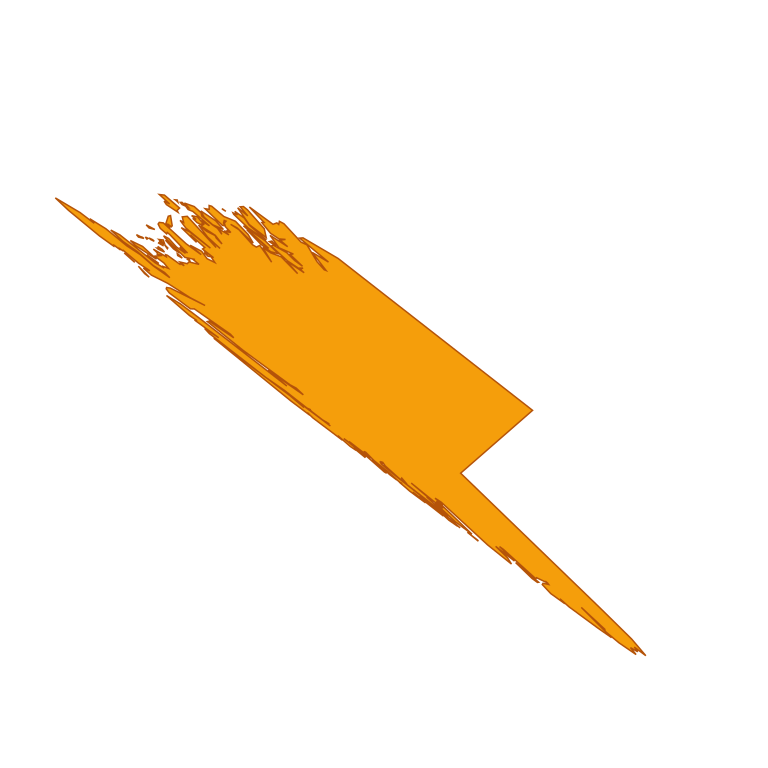 the border of Nationalparken, rotated 218°
{"feature_id": "GRL-2742", "entity_name": "Nationalparken", "entity_type": "state/province", "adm_level": 1, "iso_a3": "GRL", "parent_name": "Greenland", "parent_adm1": "", "projection": "equal_earth", "projection_center": [-27.197, 77.317], "detail": "fine", "context": "isolated", "style": "filled", "palette": "amber", "viewbox_px": 768, "rotation_deg": 218, "n_neighbors": 0, "source": "natural_earth", "source_scale": "10m", "svg_char_len": 6190}
<svg xmlns="http://www.w3.org/2000/svg" viewBox="0 0 768 768"><g transform="rotate(218 384 384)"><path d="M537.8,449.3L497.4,454.7L250.7,454.7L268.7,360.9L76.5,340.6L31.8,335.5L10.4,331.1L24.8,330.8L19.2,329.2L27.5,328.0L18.8,326.0L39.5,324.7L57.4,325.3L59.1,326.7L91.0,329.4L48.5,324.2L65.9,323.3L100.9,322.3L113.1,323.1L106.2,322.2L123.5,321.5L135.8,323.4L136.0,324.9L130.8,327.4L132.5,327.9L135.6,328.0L133.0,327.8L144.5,325.3L144.4,324.0L188.2,327.2L192.9,327.0L172.1,324.8L196.1,324.8L179.7,323.1L172.7,320.6L203.4,321.0L266.1,326.1L273.5,325.5L262.7,324.3L270.6,323.5L264.9,322.9L268.5,322.1L301.6,322.7L279.3,321.8L280.9,321.3L251.5,318.8L306.1,318.9L304.2,319.2L312.1,320.8L312.0,319.6L308.2,319.1L312.9,318.9L332.5,320.2L336.7,321.5L339.3,320.6L335.7,320.2L337.9,319.8L336.7,319.3L321.8,318.8L248.6,318.3L235.4,317.5L248.7,317.8L238.3,317.2L249.1,316.6L261.5,317.7L287.0,317.8L255.8,316.5L294.8,316.6L278.1,315.9L297.7,315.4L311.6,316.1L308.2,316.7L312.1,316.3L326.2,317.3L344.5,317.5L356.4,319.0L358.5,318.4L348.8,317.4L376.3,317.2L354.0,316.9L382.1,316.3L355.8,315.9L353.3,315.6L355.7,315.2L353.3,314.5L368.7,314.9L365.1,314.5L372.1,314.0L388.6,314.9L382.1,314.1L419.2,313.5L426.9,314.3L423.2,313.7L446.5,313.3L546.4,315.3L451.1,316.9L432.5,316.2L446.4,317.0L400.4,317.9L405.1,318.0L402.5,318.9L410.2,317.9L423.8,317.8L426.8,318.1L425.8,318.6L430.0,317.6L458.3,317.7L481.4,316.4L552.7,316.2L559.5,317.3L542.7,318.7L571.6,317.8L572.9,318.0L570.2,318.1L572.4,318.6L570.3,318.8L579.6,318.2L609.9,319.8L593.7,321.8L572.4,322.2L459.3,322.6L483.9,323.5L440.9,325.8L450.7,326.7L457.7,325.5L515.5,323.8L561.7,324.4L560.5,325.9L530.8,327.9L535.7,328.7L579.7,326.4L582.7,324.1L609.3,323.6L614.2,324.9L614.7,326.2L611.5,328.0L573.3,335.7L589.8,332.7L616.2,330.2L634.3,326.6L645.0,327.2L638.2,329.1L651.9,328.1L672.4,328.8L671.2,328.3L677.2,327.8L674.1,327.4L682.3,327.1L681.8,326.2L699.3,325.5L739.6,326.6L757.6,328.3L729.0,332.0L711.3,332.2L717.6,333.1L698.8,335.1L671.7,334.5L655.8,335.9L638.6,335.0L618.2,335.9L625.6,336.8L638.4,335.3L659.8,336.5L677.0,335.7L694.1,337.1L684.1,338.9L638.9,338.6L628.6,340.0L631.7,340.2L625.1,342.4L632.0,343.9L643.4,343.6L637.9,348.7L642.6,346.6L643.3,347.8L648.8,348.3L633.9,350.2L635.7,351.5L634.0,352.1L617.7,352.7L619.7,353.4L614.2,354.2L619.7,354.6L613.1,357.7L612.9,360.1L603.4,364.4L611.3,364.6L609.6,365.8L618.8,361.2L646.6,364.4L648.9,365.1L643.3,366.1L631.9,364.2L620.8,364.7L629.2,366.1L626.4,366.7L619.4,366.2L644.9,369.9L648.1,370.0L647.7,368.5L656.1,368.9L660.5,371.0L660.6,373.0L657.1,375.1L626.2,372.7L607.6,373.4L622.2,374.0L609.4,376.3L600.5,373.8L592.1,375.6L598.7,377.8L601.4,376.3L606.7,376.9L602.4,377.3L608.4,378.4L596.0,378.6L610.1,378.7L609.3,381.2L628.4,382.4L618.9,380.2L640.0,382.4L630.9,384.2L604.4,384.2L636.1,384.9L645.4,387.4L641.4,388.0L645.9,391.5L642.3,395.0L600.3,388.2L613.7,390.9L596.6,389.9L613.4,391.2L627.9,395.0L617.5,395.2L608.6,397.0L605.9,395.7L597.9,394.6L598.4,394.8L608.5,397.3L625.4,395.8L624.3,398.9L626.8,400.3L618.9,401.2L640.9,402.3L645.8,400.9L647.9,401.5L646.2,402.6L652.7,403.7L642.8,407.0L633.7,406.4L630.8,404.1L617.0,403.8L611.1,404.2L603.9,402.1L609.0,404.6L598.0,406.0L604.3,406.2L600.2,408.0L602.8,408.7L597.9,409.1L605.8,410.3L608.8,412.4L608.7,415.1L610.6,414.5L609.6,412.1L607.0,410.6L609.0,409.5L632.9,412.0L629.3,414.0L631.7,417.0L629.2,418.0L613.3,417.4L601.3,420.8L583.2,418.2L573.8,414.5L595.6,416.6L603.2,415.4L593.4,416.3L573.3,412.8L568.9,413.3L567.2,416.7L547.5,410.8L563.6,416.9L553.9,417.6L543.3,420.9L520.0,417.8L536.5,421.0L515.4,422.5L520.5,422.8L519.2,425.5L522.8,422.6L535.7,421.6L557.9,423.2L556.6,425.3L541.5,427.6L530.4,426.3L520.7,426.6L538.0,428.3L535.4,430.6L550.5,426.7L565.3,431.0L544.4,432.9L554.3,433.4L550.6,437.3L556.1,433.7L566.2,432.9L579.7,436.0L578.0,437.5L599.1,440.6L569.8,441.5L567.6,445.0L565.2,444.9L566.6,447.8L561.5,448.7L536.6,444.7L530.4,446.2L512.0,439.1L501.4,437.2L499.5,437.8L521.6,443.5L502.8,445.9L540.3,447.0L537.8,449.3ZM243.2,319.4L270.6,321.7L260.9,322.6L265.6,323.5L261.2,323.8L222.2,319.8L243.2,319.4ZM607.8,432.8L594.8,432.6L606.4,435.1L604.0,437.3L598.8,437.2L573.9,432.6L567.0,426.9L588.5,426.7L607.8,432.8ZM566.3,423.7L547.4,421.6L554.7,418.5L567.2,418.3L587.1,421.1L559.1,419.7L558.4,419.9L592.2,422.1L566.3,423.7ZM640.1,342.3L664.9,340.1L672.2,340.9L658.9,343.8L640.1,342.3ZM607.9,428.2L596.3,428.8L588.1,426.2L565.3,425.1L586.7,423.3L607.0,425.2L608.4,425.9L603.6,427.1L607.9,428.2ZM628.4,404.7L634.9,407.6L617.1,409.0L605.7,406.9L617.1,404.0L628.4,404.7ZM677.7,395.0L673.3,397.7L653.4,396.8L653.9,393.4L652.1,392.5L665.9,391.4L669.9,392.7L663.7,393.9L677.7,395.0ZM140.1,323.0L140.9,322.1L147.6,321.9L170.4,324.3L140.1,323.0ZM657.3,383.4L655.9,385.3L648.3,378.3L648.3,377.0L653.4,376.9L648.5,375.2L654.7,376.2L657.3,383.4ZM639.2,398.2L634.2,400.8L625.6,399.2L626.7,396.8L630.7,396.1L636.7,396.8L633.4,398.1L639.2,398.2ZM650.1,325.6L634.7,323.6L640.6,323.6L650.1,325.6ZM329.6,314.9L356.3,316.5L326.9,315.3L329.6,314.9ZM328.5,316.2L346.9,316.6L341.2,317.3L328.5,316.2ZM650.5,339.8L635.6,340.4L640.8,339.0L650.5,339.8ZM324.0,316.1L338.4,317.4L314.8,316.2L324.0,316.1ZM669.4,363.0L659.7,364.7L665.2,362.3L669.4,363.0ZM633.1,360.9L644.8,362.8L625.6,361.3L633.1,360.9ZM649.0,356.2L646.9,357.6L649.6,358.7L643.8,358.4L643.4,357.0L649.0,356.2ZM669.4,327.3L656.3,326.6L655.3,326.4L669.4,327.3ZM227.1,318.5L214.0,318.6L212.9,318.2L227.1,318.5ZM647.1,353.1L641.5,353.5L638.2,352.8L644.9,351.2L646.5,351.3L644.2,352.6L646.8,352.7L643.2,352.9L647.1,353.1ZM671.0,349.3L667.0,350.1L664.8,350.9L662.8,350.9L667.9,348.6L671.0,349.3ZM656.3,401.7L655.0,402.8L648.7,402.3L653.6,401.1L656.3,401.7ZM646.6,361.6L643.2,359.4L650.2,359.4L646.6,361.6ZM562.0,425.6L560.4,427.6L553.7,426.6L556.7,426.0L562.0,425.6ZM627.1,359.4L623.8,359.5L620.5,359.0L625.7,358.2L627.1,359.4ZM642.6,358.6L638.1,358.1L638.0,357.2L642.6,358.6ZM659.1,354.4L655.1,355.3L652.9,355.0L656.7,354.2L659.1,354.4ZM614.2,362.3L612.8,361.5L616.5,361.1L614.2,362.3ZM659.5,353.6L660.0,352.2L662.5,352.9L659.5,353.6ZM661.9,400.6L660.2,401.7L658.4,400.4L660.3,400.6L661.9,400.6ZM614.9,422.7L619.0,422.3L619.6,422.5L614.9,422.7Z" fill="#f59e0b" stroke="#b45309" stroke-width="1.5"/></g></svg>